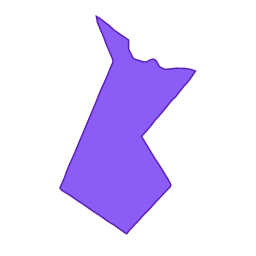 the district of Santa Cruz Verapaz, Alta Verapaz, Guatemala, rotated 190°
{"feature_id": "79465075B71576598572752", "entity_name": "Santa Cruz Verapaz", "entity_type": "district", "adm_level": 2, "iso_a3": "GTM", "parent_name": "Guatemala", "parent_adm1": "Alta Verapaz", "projection": "robinson", "projection_center": [-90.416, 15.333], "detail": "fine", "context": "isolated", "style": "filled", "palette": "violet", "viewbox_px": 256, "rotation_deg": 190, "n_neighbors": 0, "source": "geoboundaries", "source_scale": "gbopen_adm2", "svg_char_len": 1170}
<svg xmlns="http://www.w3.org/2000/svg" viewBox="0 0 256 256"><g transform="rotate(190 128 128)"><path d="M110.9,23.6L108.9,27.3L105.7,32.5L102.0,37.8L98.0,44.4L94.8,49.0L92.5,52.3L88.0,59.7L83.1,67.2L76.1,77.7L76.0,79.8L79.9,84.7L84.4,89.8L89.9,96.0L96.5,102.9L112.6,121.3L113.3,122.1L112.7,122.9L108.2,130.1L104.6,136.5L102.9,140.1L100.3,144.0L98.2,147.7L96.3,150.7L89.8,162.7L86.6,166.9L80.0,179.3L78.0,182.1L76.3,185.3L75.7,186.2L71.4,195.8L76.3,196.6L83.1,196.5L87.2,195.7L90.4,195.4L101.5,192.1L106.9,193.5L108.4,194.7L111.0,198.1L113.0,199.8L114.8,200.2L116.9,199.6L121.7,196.1L125.3,195.9L133.5,197.0L134.3,197.3L135.2,197.8L141.1,205.7L142.6,214.7L158.7,222.0L164.8,225.9L175.6,231.4L177.4,232.0L178.5,232.4L176.5,226.8L171.3,218.6L170.0,216.9L168.3,214.2L166.9,211.8L165.0,208.5L163.1,205.4L160.1,200.9L157.2,196.3L154.5,192.2L154.4,189.4L155.9,183.6L157.4,175.9L161.6,159.7L163.8,148.9L176.7,92.0L177.7,88.0L179.5,81.1L180.8,74.9L181.9,68.3L184.6,57.1L182.4,55.2L178.6,53.6L174.8,52.2L173.7,51.7L163.2,46.9L158.9,45.2L150.9,41.3L145.4,38.9L141.9,37.5L130.7,32.2L125.3,30.2L112.5,24.1L110.9,23.6Z" fill="#8b5cf6" stroke="#5b21b6" stroke-width="1.5"/></g></svg>